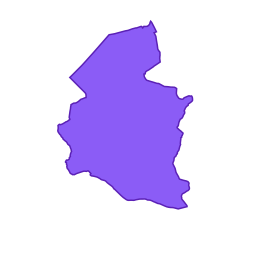 Nakhon Luang, Phra Nakhon Si Ayutthaya, Thailand, rotated 160°
{"feature_id": "78962969B25127824305120", "entity_name": "Nakhon Luang", "entity_type": "district", "adm_level": 2, "iso_a3": "THA", "parent_name": "Thailand", "parent_adm1": "Phra Nakhon Si Ayutthaya", "projection": "mercator", "projection_center": [100.63, 14.474], "detail": "fine", "context": "isolated", "style": "filled", "palette": "violet", "viewbox_px": 256, "rotation_deg": 160, "n_neighbors": 0, "source": "geoboundaries", "source_scale": "gbopen_adm2", "svg_char_len": 5571}
<svg xmlns="http://www.w3.org/2000/svg" viewBox="0 0 256 256"><g transform="rotate(160 128 128)"><path d="M68.4,208.7L68.9,213.4L69.5,218.1L69.6,218.8L69.9,219.9L70.2,220.6L71.2,219.6L71.6,218.9L72.0,218.4L72.3,218.1L72.7,217.9L73.2,217.6L73.7,217.3L74.4,217.2L74.7,217.0L74.9,216.9L75.0,216.9L75.6,217.1L77.4,217.6L77.7,217.7L78.0,218.0L78.3,218.1L78.8,217.7L79.2,217.6L79.4,217.4L79.7,217.1L79.9,217.0L80.1,217.0L80.2,217.4L80.1,217.7L80.1,217.9L80.2,218.2L80.6,218.8L80.8,218.9L80.9,219.0L85.9,219.1L86.2,219.3L86.7,219.4L90.2,219.7L92.9,219.7L94.5,219.7L97.5,220.2L106.6,221.0L108.1,221.1L113.9,222.1L133.7,211.2L145.7,204.8L149.9,202.6L162.9,196.5L165.4,195.4L158.9,181.4L156.4,176.1L156.2,175.6L156.1,175.0L156.0,174.5L156.0,174.2L156.1,173.6L156.3,172.8L157.0,171.0L157.3,171.1L159.0,171.1L160.8,171.0L162.4,171.1L165.5,169.9L166.7,169.6L167.9,169.4L168.8,169.4L169.3,169.5L170.2,169.9L170.5,169.9L171.7,169.8L173.6,169.4L173.7,169.0L173.9,168.7L174.6,167.6L175.5,165.7L176.8,163.5L179.5,158.4L179.7,157.8L179.7,157.6L179.6,156.3L179.6,156.1L179.9,155.8L181.2,155.6L182.3,155.1L182.8,155.0L184.5,155.0L185.0,154.8L188.3,154.2L189.3,154.2L190.3,154.2L190.9,154.8L191.1,154.9L191.4,154.9L192.5,154.5L192.9,154.3L193.0,154.1L193.2,153.0L193.8,151.4L194.3,150.5L194.7,149.8L194.9,149.4L195.0,148.4L194.9,147.7L194.3,145.4L194.1,145.0L193.8,144.5L193.7,144.4L193.7,143.6L193.6,142.6L193.2,141.9L192.7,140.9L192.7,140.6L192.8,140.1L192.8,139.8L191.5,137.4L190.6,136.0L190.4,135.5L190.3,134.5L190.2,134.1L190.1,133.3L189.4,132.1L188.9,131.6L188.8,130.0L188.9,129.1L188.8,127.4L188.8,126.9L189.1,126.1L189.1,125.9L189.0,125.6L189.0,125.4L190.0,124.4L190.2,124.1L191.0,123.2L191.3,122.6L191.8,121.8L191.8,121.6L191.8,121.2L191.9,120.9L192.3,120.7L192.9,120.5L193.1,120.4L193.3,120.1L193.6,119.3L193.8,119.0L194.0,118.8L194.3,118.7L195.7,118.5L196.0,118.5L196.7,118.9L197.0,118.8L197.3,118.6L197.7,118.1L198.4,117.5L198.4,117.3L198.4,117.2L197.9,116.7L197.7,116.4L197.7,116.1L197.8,115.9L198.1,115.4L198.2,115.1L198.2,114.8L198.1,114.5L198.1,113.7L198.2,113.4L198.6,112.9L198.7,112.6L198.8,111.9L198.9,110.6L198.8,110.4L198.4,109.7L197.9,106.9L197.8,105.5L197.7,105.2L197.3,104.6L196.8,104.1L196.4,103.7L196.2,103.2L195.9,103.1L195.3,102.9L194.5,102.5L191.7,102.8L185.1,102.6L184.3,102.5L183.4,102.2L181.7,101.4L181.0,101.5L180.3,101.4L180.1,101.3L179.9,101.0L179.7,100.9L179.2,99.8L179.0,99.0L178.7,98.7L178.5,97.8L179.1,97.5L179.4,97.2L179.5,97.0L179.5,96.6L179.2,96.1L178.4,95.3L177.9,95.1L176.8,94.5L174.4,92.9L173.8,92.4L173.0,91.6L171.9,90.3L171.6,90.0L171.1,89.1L170.7,88.6L170.2,88.2L167.9,86.6L167.6,86.3L167.1,85.7L166.2,83.7L165.1,81.9L163.1,78.9L162.7,78.1L162.4,77.4L162.4,77.2L162.3,76.7L162.1,76.2L162.0,75.5L161.9,75.4L161.6,75.2L157.7,67.1L156.2,64.3L154.1,61.3L153.7,60.9L153.2,60.4L152.5,60.0L152.1,59.8L149.8,59.1L147.4,58.1L146.2,57.9L145.4,57.9L142.4,57.4L141.7,57.3L140.1,56.8L136.4,55.5L135.9,55.2L135.1,54.6L134.9,54.4L134.5,53.8L132.7,53.0L132.2,52.8L131.6,52.4L130.1,51.1L129.7,50.6L129.2,50.1L128.8,49.7L128.7,49.6L127.9,49.0L127.6,48.5L127.0,48.2L126.6,47.6L126.0,47.1L125.7,46.8L124.7,46.3L123.7,45.6L123.1,45.0L120.2,42.2L118.5,40.7L117.0,39.7L115.9,39.1L114.9,38.6L113.1,37.9L112.1,37.3L108.5,34.8L99.4,33.9L99.2,34.5L99.2,35.0L99.8,36.9L100.7,39.8L101.5,42.0L101.7,42.8L101.7,43.3L101.3,44.3L101.3,44.7L101.2,45.4L101.1,45.8L100.7,46.3L100.4,46.6L99.9,47.2L99.6,47.4L99.4,47.5L99.1,47.6L97.3,47.8L96.3,48.0L94.7,48.5L94.1,48.6L92.9,48.7L92.7,48.8L91.9,49.2L91.3,49.6L91.1,49.9L90.9,50.4L90.7,51.2L90.6,53.4L90.4,53.8L89.6,55.1L89.5,55.3L90.0,57.1L90.7,57.7L91.1,58.1L94.2,60.2L97.0,62.3L97.1,62.5L97.2,63.0L97.2,63.9L97.2,64.8L98.0,69.6L98.0,70.4L97.6,73.4L97.6,74.5L98.0,78.1L98.0,78.7L98.0,79.1L97.9,79.5L97.7,79.9L96.6,81.1L96.0,81.8L94.7,84.3L94.5,84.5L94.3,84.6L92.9,85.0L92.6,85.2L92.3,85.6L91.3,86.6L90.5,86.9L90.4,87.0L90.0,88.2L89.8,88.4L87.9,89.7L87.7,89.9L85.7,92.9L84.2,94.6L84.2,95.2L84.1,95.6L84.0,95.9L82.3,99.3L82.0,99.8L81.8,100.5L81.7,100.8L80.7,101.0L80.3,102.1L79.5,102.5L79.3,102.9L78.4,103.7L78.2,104.0L78.1,104.3L78.1,104.6L78.2,104.9L78.6,105.4L79.5,107.3L80.1,108.1L80.5,108.8L81.4,110.6L81.6,110.9L81.7,111.3L81.6,111.9L81.5,112.0L81.3,112.3L80.8,112.5L80.3,112.7L80.0,113.0L79.6,113.5L79.1,114.5L78.2,115.9L77.5,116.7L76.0,118.3L75.9,118.4L75.6,118.4L74.5,118.6L73.9,118.8L73.4,119.2L72.5,119.9L71.8,120.8L70.9,121.6L69.8,122.4L69.2,123.7L69.2,123.8L69.4,124.5L69.3,124.9L69.1,125.1L68.9,125.4L68.3,125.9L67.6,126.8L65.7,128.2L65.3,128.3L64.2,128.6L63.8,128.7L63.6,128.9L63.6,129.0L63.3,129.7L63.1,129.9L63.0,130.0L61.6,130.3L60.5,130.6L59.1,131.1L58.3,131.5L58.0,131.8L57.8,132.1L57.6,132.7L57.2,134.1L57.1,134.9L57.1,135.4L57.2,135.9L57.3,136.3L57.6,136.5L58.2,136.5L58.4,136.6L59.7,137.4L59.9,137.4L61.3,137.4L64.8,137.2L65.2,137.1L65.7,136.7L66.3,136.4L66.7,136.4L66.8,136.4L67.9,136.8L68.6,137.3L69.3,137.8L69.8,138.3L70.1,138.6L70.2,139.0L70.8,141.5L70.9,142.2L70.8,143.5L70.6,144.3L68.8,148.4L69.5,149.5L69.9,149.9L70.4,150.3L70.6,150.5L73.8,151.8L76.5,153.2L79.5,154.5L79.8,154.7L83.7,159.1L83.9,159.3L85.6,160.1L94.0,166.4L94.5,167.4L94.7,168.2L95.1,170.2L95.1,170.7L94.6,173.2L93.3,173.0L92.9,173.8L92.5,174.4L92.2,174.7L91.7,174.9L91.3,175.1L90.7,175.2L88.6,175.5L86.7,176.0L83.1,176.9L82.3,177.3L79.6,177.9L75.2,179.0L74.4,182.5L74.2,183.1L73.7,183.9L73.7,184.0L73.7,184.4L73.6,184.5L73.2,185.0L73.1,185.3L72.8,186.1L72.1,188.3L72.6,189.9L73.0,191.5L73.0,192.1L72.2,195.6L71.4,200.1L70.5,204.5L70.5,204.9L70.8,207.9L70.9,208.6L68.4,208.7Z" fill="#8b5cf6" stroke="#5b21b6" stroke-width="1.5"/></g></svg>